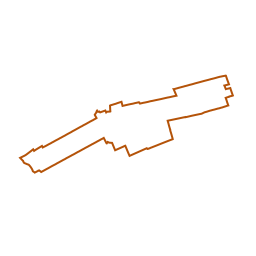 outline of Cuza Voda, Calarasi, Romania, rotated 66°
{"feature_id": "2599482B12109110667072", "entity_name": "Cuza Voda", "entity_type": "district", "adm_level": 2, "iso_a3": "ROU", "parent_name": "Romania", "parent_adm1": "Calarasi", "projection": "robinson", "projection_center": [27.269, 44.268], "detail": "fine", "context": "isolated", "style": "outline", "palette": "amber", "viewbox_px": 256, "rotation_deg": 66, "n_neighbors": 0, "source": "geoboundaries", "source_scale": "gbopen_adm2", "svg_char_len": 4925}
<svg xmlns="http://www.w3.org/2000/svg" viewBox="0 0 256 256"><g transform="rotate(66 128 128)"><path d="M156.4,91.7L155.6,91.5L154.1,91.3L149.9,90.7L148.0,90.5L147.3,90.3L147.1,90.3L146.9,90.3L146.8,90.2L146.7,90.1L146.4,90.1L144.8,89.9L144.0,89.8L142.0,89.5L140.8,89.3L139.6,89.1L138.6,89.0L137.5,88.8L140.0,77.2L140.7,73.9L141.3,71.2L141.5,71.2L141.9,69.3L142.8,64.5L144.5,56.6L144.9,55.0L144.9,54.9L144.8,51.7L144.9,51.0L145.1,49.8L145.2,49.0L145.3,48.0L145.5,46.1L145.7,45.1L145.9,43.6L146.3,41.5L146.8,38.0L147.1,36.7L147.2,35.8L147.3,34.8L147.5,33.8L147.6,33.0L147.7,31.9L147.8,30.8L147.9,30.2L148.0,28.7L148.1,28.0L148.2,27.2L147.0,27.1L145.6,27.0L144.4,26.9L143.8,26.8L142.6,26.7L141.9,26.6L141.0,26.6L140.6,26.5L140.2,26.5L140.3,25.2L140.4,24.2L140.5,23.6L140.6,23.2L140.6,22.9L140.4,22.7L140.5,22.1L140.7,21.2L140.8,20.5L141.0,19.4L141.0,19.0L139.4,18.9L138.2,18.8L134.6,18.5L133.1,18.3L132.9,19.5L132.7,20.7L132.4,21.9L132.3,22.8L131.3,22.8L130.3,22.7L129.3,22.7L128.4,22.7L128.6,21.7L128.7,20.8L129.0,19.4L129.1,18.6L129.2,18.0L124.3,17.7L120.0,17.3L119.9,17.4L119.6,18.8L119.2,20.4L118.7,22.7L118.5,23.5L118.4,24.3L118.2,25.4L117.9,27.7L117.7,28.9L117.6,29.6L117.4,30.6L117.3,31.4L117.1,32.0L117.0,33.2L116.8,34.1L116.8,34.5L116.6,35.6L116.0,39.1L115.3,43.7L114.5,48.7L114.3,50.3L114.1,51.7L113.8,53.5L113.7,53.8L113.6,54.7L113.5,55.4L113.3,56.8L113.0,58.6L112.8,59.5L112.8,60.0L112.7,60.5L112.6,61.3L112.4,62.2L112.3,63.1L112.2,63.5L112.1,64.4L112.0,64.8L111.9,65.4L111.8,66.3L111.7,67.1L111.6,67.6L111.5,68.4L111.4,69.1L111.3,69.6L111.2,70.3L111.1,70.5L118.2,70.6L117.3,74.7L116.8,77.3L116.2,79.8L115.6,82.9L114.9,86.5L113.9,91.0L113.2,94.4L112.6,96.9L112.3,98.9L111.9,100.8L111.6,102.2L111.2,103.8L110.6,107.0L110.4,107.3L109.6,107.3L109.4,107.3L109.2,107.3L109.0,107.5L108.9,107.6L108.6,109.1L108.4,110.2L108.1,111.5L107.9,112.8L107.7,113.9L107.3,115.5L106.8,117.8L106.1,121.4L105.6,124.0L101.4,123.3L101.1,126.2L100.9,128.5L100.9,129.2L100.8,129.8L100.6,131.2L100.6,131.3L100.4,133.0L100.2,134.2L100.2,134.3L100.2,135.1L100.2,135.3L101.5,135.8L103.5,136.6L105.7,137.4L105.7,137.7L105.3,138.7L104.8,140.0L104.6,141.2L104.7,141.4L104.8,141.6L102.8,141.6L102.7,143.0L102.6,144.5L102.5,145.6L102.4,147.1L101.6,147.4L101.3,147.5L101.3,148.1L101.2,148.4L99.8,149.3L99.6,149.3L99.7,149.5L100.2,150.0L100.5,149.8L100.8,150.2L101.2,151.1L101.7,151.9L102.4,153.0L102.9,153.0L105.0,152.8L106.1,152.7L106.3,153.9L106.4,155.6L106.6,157.1L106.6,158.4L106.7,159.0L106.7,159.8L106.9,161.3L106.9,161.7L107.0,162.7L107.1,163.7L107.2,164.8L107.3,166.1L107.3,166.8L107.4,168.0L107.5,168.6L107.6,169.6L107.6,170.4L107.9,173.8L108.1,176.0L108.3,178.3L108.3,178.8L108.5,180.8L108.6,181.2L108.9,185.4L109.1,187.6L109.2,188.2L109.4,191.2L109.6,193.2L109.6,194.1L109.8,195.9L110.0,199.2L110.3,202.3L110.3,203.0L110.5,204.5L110.6,206.3L110.6,206.6L110.9,209.9L111.0,211.6L111.0,212.7L111.1,213.8L109.4,213.9L109.9,217.8L110.4,221.6L110.7,223.1L108.9,223.3L109.6,226.0L111.0,232.0L111.2,233.6L111.4,238.7L111.7,238.6L115.0,237.4L115.3,237.2L116.5,237.3L117.8,237.0L118.7,236.1L120.1,234.8L121.1,233.7L121.8,233.4L123.5,232.9L124.5,232.7L125.7,232.5L126.6,232.4L127.0,232.4L127.9,232.4L128.6,232.5L128.8,232.5L129.3,232.2L130.5,231.4L130.8,231.3L130.6,227.3L130.5,227.2L130.6,226.7L130.6,226.4L131.7,225.8L132.9,225.2L132.3,217.9L132.3,217.4L132.2,216.6L132.1,215.3L132.0,214.6L132.0,214.3L131.9,213.5L131.9,213.0L131.8,212.5L131.8,212.1L131.8,211.8L131.7,210.5L131.7,210.1L131.6,208.7L131.5,207.9L131.4,207.3L131.4,206.5L131.3,205.9L131.3,205.6L131.3,205.4L131.2,204.3L131.1,203.2L131.0,201.8L130.9,200.9L130.8,199.6L130.8,198.8L130.7,197.7L130.6,197.2L130.5,196.3L130.4,194.4L130.3,193.2L130.2,191.9L130.1,190.5L130.0,190.1L130.0,189.9L130.0,188.7L129.6,184.5L129.5,183.7L129.5,182.4L129.4,181.7L129.3,180.3L129.1,178.3L129.0,176.7L128.8,174.8L128.7,172.9L128.6,171.6L128.5,171.0L128.5,170.4L128.4,169.1L128.2,167.2L128.2,166.1L128.1,165.4L128.0,164.1L128.0,163.4L127.9,162.9L127.8,162.0L127.8,161.2L127.7,160.9L127.7,160.6L127.7,160.2L127.6,159.0L127.4,157.1L127.4,156.0L127.2,154.2L132.7,153.9L133.1,153.8L133.3,153.8L133.4,153.7L132.5,152.2L133.7,151.2L135.1,148.6L143.1,148.8L143.1,148.6L143.1,148.0L143.1,147.0L143.1,145.6L143.1,144.6L143.1,143.8L143.1,143.1L143.1,142.3L143.1,141.6L143.1,141.2L143.1,140.5L143.1,139.6L143.1,139.4L143.0,138.4L143.1,137.7L151.5,137.9L154.1,137.9L154.1,137.2L154.1,134.9L154.1,134.5L154.1,133.6L154.1,131.7L154.1,129.6L154.1,127.4L154.1,126.6L154.1,125.8L154.1,125.0L154.1,124.6L154.1,123.8L154.1,123.2L154.1,122.9L154.1,122.5L154.1,122.2L154.1,121.6L154.1,121.3L154.1,121.0L154.1,120.6L154.1,120.3L154.1,120.0L154.1,119.7L154.1,119.1L155.0,118.8L155.2,118.5L155.2,118.1L155.2,117.7L155.3,117.2L155.3,116.8L155.3,116.0L155.3,115.9L155.3,115.7L155.3,115.3L155.3,114.9L155.4,113.8L155.4,113.1L155.6,109.2L155.8,103.6L156.2,94.8L156.4,91.7Z" fill="none" stroke="#b45309" stroke-width="2"/></g></svg>